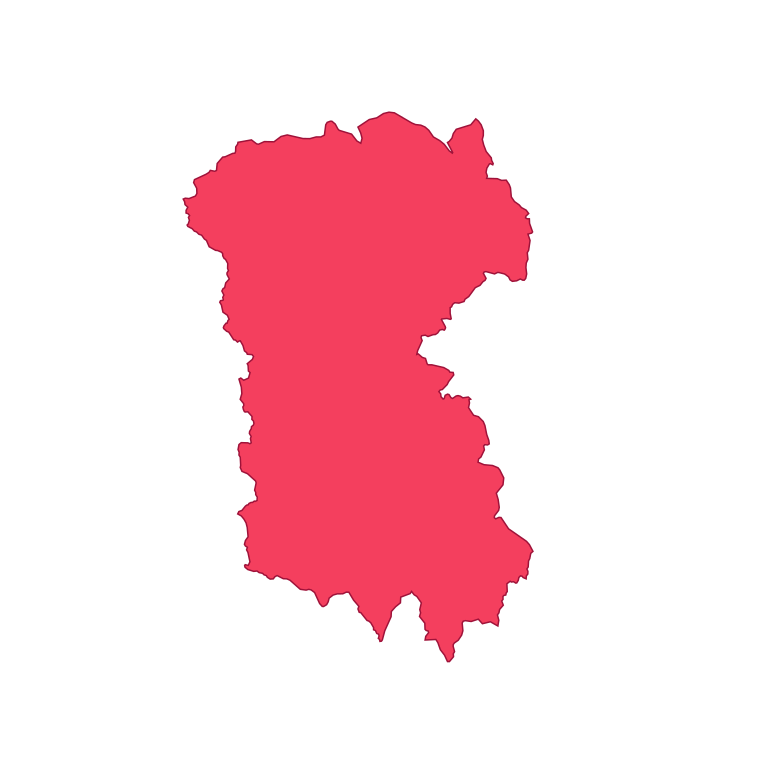 Mogovolas, Nampula, Mozambique (Mercator projection), rotated 66°
{"feature_id": "85939544B32350532447413", "entity_name": "Mogovolas", "entity_type": "district", "adm_level": 2, "iso_a3": "MOZ", "parent_name": "Mozambique", "parent_adm1": "Nampula", "projection": "mercator", "projection_center": [39.302, -15.724], "detail": "fine", "context": "isolated", "style": "filled", "palette": "rose", "viewbox_px": 768, "rotation_deg": 66, "n_neighbors": 0, "source": "geoboundaries", "source_scale": "gbopen_adm2", "svg_char_len": 6170}
<svg xmlns="http://www.w3.org/2000/svg" viewBox="0 0 768 768"><g transform="rotate(66 384 384)"><path d="M651.4,378.4L646.5,375.2L641.1,374.3L639.8,372.1L637.0,370.1L634.6,365.0L630.1,364.7L629.2,362.9L626.4,361.7L625.9,360.3L626.3,358.6L624.3,357.1L623.9,355.9L616.5,353.0L615.5,349.0L616.7,348.2L617.3,346.1L619.5,344.6L619.7,343.6L618.0,341.2L615.6,339.5L614.8,337.4L615.8,336.0L617.4,335.6L619.8,333.4L617.2,332.0L616.1,329.9L613.6,328.7L611.1,328.7L609.8,326.7L604.4,323.9L602.8,321.9L598.4,318.8L597.5,316.0L589.9,316.5L585.7,317.8L567.0,329.1L553.6,331.4L552.6,333.2L552.6,336.8L551.0,337.6L549.4,336.7L546.1,330.7L543.6,328.9L536.0,326.7L529.4,325.8L524.5,316.3L518.5,312.8L509.6,313.2L506.9,313.9L502.6,318.0L498.4,325.5L493.7,329.9L490.9,328.0L490.2,325.2L485.0,319.1L481.2,318.2L480.4,316.7L481.8,314.1L481.5,312.2L478.1,311.2L471.9,310.7L463.0,308.7L458.6,308.6L452.3,311.0L449.0,314.9L440.0,316.4L436.1,313.6L433.0,312.8L433.1,311.0L430.2,312.3L428.7,317.6L426.2,319.2L424.7,321.1L424.3,323.0L425.1,327.2L423.7,328.4L420.1,328.9L419.1,330.1L419.2,332.7L421.8,335.0L421.8,336.1L418.8,337.1L416.0,336.2L413.3,337.0L412.3,335.0L412.8,333.0L410.2,326.5L408.1,324.0L404.1,316.6L401.6,316.1L400.0,319.0L397.9,319.3L393.3,322.7L386.0,332.4L384.4,335.9L383.1,336.4L377.5,335.7L375.3,338.2L370.4,340.5L370.3,342.0L367.2,339.7L359.9,331.5L356.6,331.3L355.2,330.0L356.2,326.4L358.5,324.5L358.9,319.1L359.7,316.9L359.2,314.2L357.4,311.2L357.9,308.5L359.3,307.1L359.0,306.3L357.7,304.9L356.3,304.7L348.4,305.3L348.1,304.8L349.7,299.9L351.9,297.1L351.8,296.1L346.3,294.8L341.1,292.5L341.0,290.9L339.2,289.0L338.5,286.4L340.6,282.6L341.2,277.3L339.5,275.5L338.6,271.0L333.1,261.4L332.9,256.1L330.8,252.1L330.4,249.5L329.0,247.8L323.3,248.2L322.4,246.9L322.8,245.1L328.4,238.2L328.3,234.9L328.9,233.7L332.5,229.1L336.8,226.6L340.1,226.5L342.4,225.0L343.7,220.8L343.5,216.8L345.6,215.0L346.2,213.6L345.2,211.6L341.5,208.9L335.4,207.0L331.3,204.8L328.6,201.8L322.3,199.7L320.7,197.5L312.3,192.2L305.6,191.5L306.2,187.7L305.5,186.4L296.5,185.7L292.2,184.0L291.3,186.0L289.7,187.1L288.4,186.1L287.1,182.5L283.0,183.4L278.7,186.7L275.5,187.6L270.4,190.6L264.9,191.6L256.3,188.7L252.8,188.5L247.5,189.4L245.8,193.8L242.5,197.0L237.9,206.6L236.1,205.0L232.2,204.7L228.7,202.3L225.8,198.2L225.9,197.3L228.0,195.5L227.1,194.6L223.4,194.7L221.0,194.0L213.2,196.1L206.2,195.7L200.5,194.7L197.4,192.2L193.0,190.2L186.7,189.8L182.2,190.8L179.1,192.3L182.5,199.3L180.7,214.4L183.4,218.8L187.0,221.9L188.9,225.7L189.2,227.8L200.5,227.1L200.9,227.7L197.5,229.6L189.5,231.5L184.3,234.1L178.4,238.4L170.4,239.9L165.9,242.0L162.5,245.1L159.8,249.7L156.8,252.5L140.5,264.2L137.7,268.9L136.7,274.5L137.9,282.4L136.4,289.9L138.7,303.3L145.2,303.2L150.6,304.1L154.6,307.3L151.0,309.9L142.5,312.0L134.1,321.7L132.3,322.4L126.7,322.8L122.8,324.7L122.1,326.1L121.9,329.5L123.5,331.8L132.4,337.2L132.6,341.2L130.7,345.5L129.7,351.9L126.8,358.2L117.1,371.1L116.0,377.4L118.0,386.0L113.9,394.7L113.9,401.2L112.8,402.7L107.1,405.8L103.8,419.1L105.3,420.1L107.1,423.0L111.2,425.0L112.5,426.4L111.8,428.3L111.8,436.8L111.1,439.1L114.7,446.7L120.8,450.2L120.8,452.1L118.2,455.8L119.5,457.8L120.0,461.3L120.2,474.0L122.6,476.0L129.0,475.5L133.8,477.4L135.6,479.8L135.3,486.7L133.4,490.0L133.4,492.2L136.3,492.0L139.2,492.8L142.7,491.3L144.8,494.1L147.3,495.3L148.8,493.7L151.1,493.1L152.2,494.9L155.3,495.2L158.2,497.8L158.7,499.2L160.3,499.1L164.2,496.0L167.2,495.1L168.8,493.4L171.9,492.2L173.8,490.1L178.5,489.1L180.6,487.8L187.5,487.9L193.4,483.5L194.4,481.7L197.6,478.8L199.3,478.4L201.3,479.2L204.4,479.0L205.6,478.1L210.3,477.7L214.8,479.9L217.1,480.0L218.7,482.3L220.2,482.9L225.1,482.6L227.3,487.5L231.2,490.4L231.4,492.2L233.1,494.3L237.6,494.1L239.3,496.1L241.4,496.4L242.0,497.1L241.4,499.5L242.5,500.8L245.6,500.4L252.9,501.9L257.5,499.1L261.9,499.2L262.5,500.7L264.6,502.6L264.2,503.5L265.6,506.3L267.1,507.8L268.2,507.9L271.8,506.3L273.5,504.7L282.5,503.3L283.5,501.8L286.1,500.8L285.8,498.1L286.2,497.7L291.5,497.2L297.0,498.0L299.5,496.7L301.2,496.8L303.5,492.6L305.8,492.0L308.0,494.3L309.8,500.7L311.7,500.6L317.0,502.6L319.1,501.7L323.5,505.4L323.5,510.6L320.3,512.4L320.5,514.5L328.8,515.6L335.0,517.8L339.5,521.6L344.9,520.2L346.7,520.9L347.6,522.3L350.0,522.8L352.3,522.8L353.1,522.3L354.0,519.7L360.0,517.8L362.6,519.1L364.6,518.3L367.2,518.9L368.5,520.2L369.0,522.4L370.8,523.4L372.6,526.0L374.4,527.1L377.9,526.7L379.5,528.2L383.7,529.2L384.0,530.8L382.4,532.3L379.5,538.3L380.3,541.1L384.5,544.0L387.5,544.1L389.9,545.4L392.4,545.1L400.0,548.0L401.9,549.3L406.1,549.3L410.4,545.2L420.3,540.8L422.3,541.0L428.4,545.4L430.9,545.3L432.9,546.2L435.8,545.8L438.8,547.4L438.8,549.4L438.2,550.1L438.7,552.3L438.1,553.6L438.2,555.9L439.1,557.2L438.8,558.6L439.2,560.3L441.7,565.2L441.5,568.5L443.2,570.5L446.5,568.0L450.6,566.9L454.8,566.5L459.4,567.3L468.3,570.3L470.6,574.2L473.7,576.7L475.6,576.5L477.6,575.2L479.6,577.0L482.5,576.8L491.9,578.8L494.5,581.8L492.6,584.3L493.2,585.2L494.9,585.5L498.1,583.9L502.2,579.2L503.2,576.1L505.5,574.8L507.6,571.9L509.4,571.3L511.2,569.4L513.1,569.2L515.9,567.4L517.0,564.4L515.7,562.1L515.5,559.6L520.9,555.2L522.5,552.0L525.0,549.7L537.5,544.0L540.6,539.0L541.0,536.2L542.5,534.3L546.3,532.2L558.4,532.1L562.1,530.9L562.7,529.7L562.3,526.2L560.3,523.6L557.3,521.2L556.1,516.3L556.7,512.0L558.9,507.0L558.8,503.2L559.9,500.8L569.1,499.7L576.9,497.4L578.9,499.3L582.5,499.5L583.4,498.2L593.1,495.7L594.3,494.4L596.7,493.2L602.3,492.6L604.3,493.5L605.7,492.1L608.9,492.1L610.4,490.7L612.2,491.0L614.1,492.7L615.4,492.0L617.5,492.4L617.9,490.9L617.1,489.6L609.8,483.7L599.5,472.2L594.8,469.8L592.2,464.0L590.6,458.0L585.5,455.4L586.1,445.3L584.7,443.2L588.8,442.2L591.4,440.4L599.1,438.9L604.7,443.1L607.9,443.6L610.8,446.1L619.1,444.0L624.8,446.3L626.4,445.7L627.5,444.2L629.3,444.4L631.5,448.5L634.6,450.6L638.5,440.5L642.2,440.0L649.7,440.6L656.3,439.0L663.4,438.9L664.2,437.1L661.4,431.4L658.6,430.4L657.2,428.4L651.7,427.5L650.2,426.7L649.2,425.1L648.3,420.4L645.0,415.2L641.5,412.3L634.2,409.8L632.9,408.1L633.3,405.9L636.4,401.0L637.2,393.5L643.0,391.6L644.5,383.5L651.4,378.4Z" fill="#f43f5e" stroke="#9f1239" stroke-width="1.5"/></g></svg>